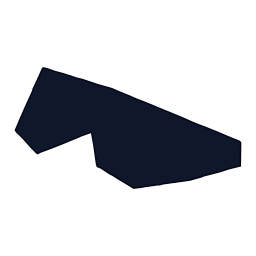 San Juan Chamelco, Alta Verapaz, Guatemala
{"feature_id": "79465075B61159508916708", "entity_name": "San Juan Chamelco", "entity_type": "district", "adm_level": 2, "iso_a3": "GTM", "parent_name": "Guatemala", "parent_adm1": "Alta Verapaz", "projection": "orthographic", "projection_center": [-90.26, 15.395], "detail": "fine", "context": "isolated", "style": "filled", "palette": "ink", "viewbox_px": 256, "rotation_deg": 0, "n_neighbors": 0, "source": "geoboundaries", "source_scale": "gbopen_adm2", "svg_char_len": 1118}
<svg xmlns="http://www.w3.org/2000/svg" viewBox="0 0 256 256"><path d="M97.3,166.5L100.7,167.8L105.6,171.0L110.0,173.9L113.0,175.4L117.8,178.5L133.7,188.1L140.8,187.3L145.8,186.4L158.1,184.7L159.9,184.7L163.0,183.8L190.1,180.0L202.1,176.6L202.7,176.1L220.5,171.5L228.6,168.8L240.3,165.9L240.6,143.0L240.3,142.2L239.1,141.2L233.5,139.0L225.1,135.5L221.7,134.0L214.0,130.8L204.3,126.9L199.6,125.2L192.6,122.4L183.7,118.4L163.3,110.0L156.3,107.1L144.4,102.2L140.8,100.8L135.1,98.6L132.6,97.4L122.4,93.2L119.1,91.9L112.1,88.8L109.9,88.1L97.7,84.7L82.0,79.4L77.4,78.4L63.4,73.8L54.4,71.4L47.8,69.0L43.5,67.9L42.6,68.3L38.7,77.2L38.1,78.3L37.7,79.4L34.1,87.1L33.4,88.3L32.7,91.0L25.2,107.5L22.7,113.2L21.5,116.0L20.9,117.2L20.3,118.7L19.4,120.7L18.5,123.1L16.1,128.5L15.4,130.3L17.3,132.8L19.9,135.1L21.7,137.0L23.5,138.8L25.9,141.5L31.7,148.0L33.8,150.0L35.8,152.2L37.4,153.5L37.9,153.5L40.2,152.2L53.2,147.3L54.7,146.7L58.9,145.1L63.8,143.1L71.0,140.1L73.9,138.9L75.6,138.2L79.2,136.7L80.7,136.0L91.5,132.1L94.0,145.8L94.2,147.5L94.5,149.5L96.5,163.8L97.3,166.5Z" fill="#0f172a" stroke="#020617" stroke-width="1.5"/></svg>